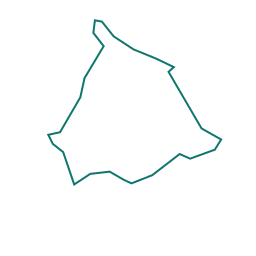 outline of Kavajë, Tiranë, Albania, rotated 122°
{"feature_id": "67620474B5524789266710", "entity_name": "Kavajë", "entity_type": "district", "adm_level": 2, "iso_a3": "ALB", "parent_name": "Albania", "parent_adm1": "Tiranë", "projection": "natural_earth1", "projection_center": [19.564, 41.139], "detail": "fine", "context": "isolated", "style": "outline", "palette": "teal", "viewbox_px": 256, "rotation_deg": 122, "n_neighbors": 0, "source": "geoboundaries", "source_scale": "gbopen_adm2", "svg_char_len": 471}
<svg xmlns="http://www.w3.org/2000/svg" viewBox="0 0 256 256"><g transform="rotate(122 128 128)"><path d="M121.1,59.1L100.4,42.9L88.4,42.9L89.4,65.4L58.9,123.4L52.1,121.4L54.2,140.5L58.4,164.9L57.9,188.7L51.6,206.5L54.2,213.1L65.7,207.8L71.5,192.0L108.8,191.3L127.2,184.7L167.6,183.4L176.0,192.0L181.3,183.4L182.8,170.2L204.4,143.7L186.9,135.7L174.7,120.4L174.2,104.4L173.1,95.7L155.1,82.4L122.7,70.4L121.1,59.1Z" fill="none" stroke="#0f766e" stroke-width="2"/></g></svg>